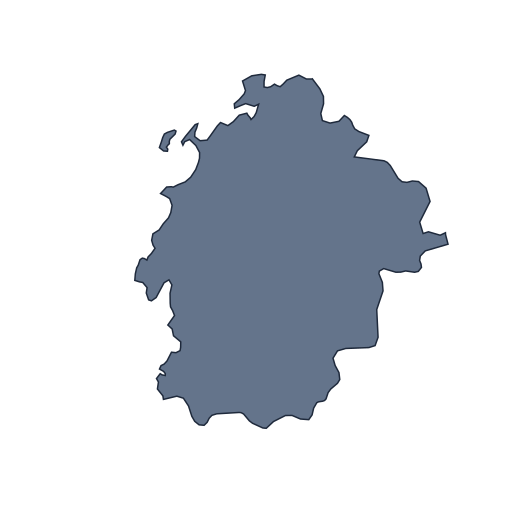 map outline of Var (Mercator projection), rotated 133°
{"feature_id": "FRA-5351", "entity_name": "Var", "entity_type": "Metropolitan department", "adm_level": 1, "iso_a3": "FRA", "parent_name": "France", "parent_adm1": "", "projection": "mercator", "projection_center": [6.264, 43.397], "detail": "fine", "context": "isolated", "style": "filled", "palette": "slate", "viewbox_px": 512, "rotation_deg": 133, "n_neighbors": 0, "source": "natural_earth", "source_scale": "10m", "svg_char_len": 2968}
<svg xmlns="http://www.w3.org/2000/svg" viewBox="0 0 512 512"><g transform="rotate(133 256 256)"><path d="M424.0,225.9L421.8,228.7L420.5,237.4L414.7,241.4L413.5,245.2L407.4,245.8L407.0,243.6L406.2,242.3L405.3,240.9L403.9,242.1L403.4,244.8L404.5,249.5L400.9,250.7L397.8,249.5L393.5,249.5L384.0,252.2L381.3,248.6L377.0,247.0L374.2,248.8L370.1,252.5L370.6,261.9L366.6,267.5L366.6,273.4L360.2,274.3L355.1,275.0L352.8,279.8L351.5,283.8L349.1,286.5L341.8,293.5L334.5,297.8L332.8,303.4L338.3,305.0L354.5,300.7L360.1,301.9L361.3,304.6L357.9,311.0L353.4,314.1L352.6,320.8L354.4,323.6L356.5,328.0L351.3,332.1L346.0,335.2L343.0,335.9L337.8,338.3L335.1,337.7L334.0,335.9L333.4,333.0L330.2,334.3L325.5,334.2L319.2,335.1L318.3,338.6L315.7,343.0L310.1,346.5L303.0,344.6L295.6,345.8L287.8,346.0L282.4,347.9L276.2,351.9L272.9,358.3L273.9,363.1L275.4,368.4L266.5,368.4L263.0,365.1L262.1,363.5L256.9,361.6L250.1,358.3L242.9,357.5L233.9,359.0L226.8,361.9L223.0,364.0L218.8,367.8L216.2,375.3L216.1,384.0L221.0,386.1L224.8,385.0L223.3,388.4L216.5,389.2L201.4,390.1L198.9,388.8L202.8,386.7L207.1,385.1L210.5,382.3L209.8,375.5L204.6,370.8L199.9,371.3L187.2,373.0L182.6,373.0L179.8,365.5L173.2,364.2L164.4,364.3L157.8,360.1L158.5,358.0L158.9,354.4L159.6,352.7L155.3,352.5L151.0,353.6L143.2,357.6L147.7,359.4L151.6,367.5L156.0,369.6L162.4,372.4L159.5,375.7L153.3,375.0L145.5,375.2L142.2,376.5L137.2,385.2L127.1,382.0L119.5,376.0L117.3,372.7L122.9,369.1L126.9,365.4L125.1,362.6L122.2,360.7L117.7,359.7L117.0,356.6L115.7,353.8L111.6,353.4L106.4,353.4L94.5,348.0L92.2,339.9L88.5,335.9L88.0,335.7L90.2,323.3L93.3,315.5L98.6,310.4L107.6,305.8L111.7,299.8L108.3,292.5L100.9,287.2L93.0,287.2L92.3,283.7L92.2,280.3L92.9,277.2L94.3,274.6L95.7,270.5L94.8,265.6L90.8,255.7L97.0,252.9L109.9,253.7L116.5,251.7L99.0,227.2L98.0,223.8L98.3,219.4L102.3,205.1L102.1,199.8L99.2,195.8L94.5,192.8L90.7,187.9L90.4,177.9L97.4,165.9L119.6,159.4L125.6,149.1L120.7,146.4L115.2,135.5L109.8,133.3L111.2,131.8L116.4,123.6L136.8,135.7L144.0,135.8L147.7,133.3L149.3,129.9L151.5,127.2L156.6,126.8L159.7,128.9L164.9,136.4L169.0,139.1L172.5,142.7L178.1,154.0L182.9,155.5L185.1,154.1L189.1,145.6L194.9,139.3L212.8,131.2L232.2,111.3L240.3,107.8L246.0,111.0L262.4,127.3L269.8,131.7L278.2,130.0L282.1,123.5L284.7,115.8L289.2,110.5L293.5,109.6L302.3,110.6L306.7,110.1L312.8,107.3L314.9,107.3L316.7,108.2L320.0,110.8L321.8,111.5L327.9,110.1L334.0,106.6L339.7,105.8L344.9,112.3L348.0,120.9L352.6,125.7L365.1,130.3L375.0,131.0L377.1,133.7L380.7,144.5L381.1,148.4L380.0,157.3L380.7,160.0L381.9,161.6L398.2,177.1L402.6,179.6L406.6,179.6L411.0,178.3L415.2,178.5L418.3,182.5L418.7,188.1L417.0,193.6L411.7,203.1L409.5,212.1L412.5,218.3L424.0,225.9L424.0,225.9ZM238.0,393.4L239.8,392.2L242.2,395.2L242.6,400.6L236.7,403.2L233.0,405.0L229.3,406.2L226.0,405.1L219.6,401.6L219.2,399.7L222.0,398.3L229.4,398.6L231.7,397.3L232.6,396.2L233.5,395.9L234.2,396.1L237.5,395.8L238.0,393.4Z" fill="#64748b" stroke="#1e293b" stroke-width="1.5"/></g></svg>